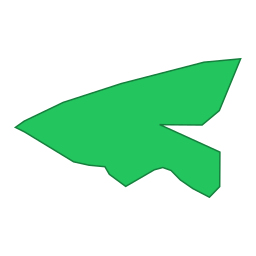 outline of Basel-Stadt
{"feature_id": "CHE-3425", "entity_name": "Basel-Stadt", "entity_type": "Canton", "adm_level": 1, "iso_a3": "CHE", "parent_name": "Switzerland", "parent_adm1": "", "projection": "natural_earth1", "projection_center": [7.602, 47.563], "detail": "fine", "context": "isolated", "style": "filled", "palette": "green", "viewbox_px": 256, "rotation_deg": 0, "n_neighbors": 0, "source": "natural_earth", "source_scale": "10m", "svg_char_len": 433}
<svg xmlns="http://www.w3.org/2000/svg" viewBox="0 0 256 256"><path d="M240.6,58.8L219.3,110.6L202.1,125.0L163.8,124.7L159.6,124.6L219.9,152.1L219.7,186.6L209.4,197.2L193.0,188.7L180.4,180.0L171.1,170.5L162.8,167.5L154.3,169.8L125.7,186.4L109.4,174.4L104.9,166.7L89.0,165.2L73.6,161.8L24.5,131.9L15.4,127.4L24.2,121.1L63.2,102.4L120.2,83.9L121.1,83.6L203.9,62.2L240.6,58.8Z" fill="#22c55e" stroke="#15803d" stroke-width="1.5"/></svg>